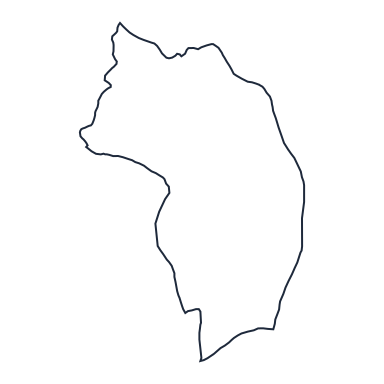 outline of Owan East, Edo, Nigeria
{"feature_id": "59680162B90522809362613", "entity_name": "Owan East", "entity_type": "district", "adm_level": 2, "iso_a3": "NGA", "parent_name": "Nigeria", "parent_adm1": "Edo", "projection": "robinson", "projection_center": [6.02, 7.027], "detail": "fine", "context": "isolated", "style": "outline", "palette": "slate", "viewbox_px": 384, "rotation_deg": 0, "n_neighbors": 0, "source": "geoboundaries", "source_scale": "gbopen_adm2", "svg_char_len": 2786}
<svg xmlns="http://www.w3.org/2000/svg" viewBox="0 0 384 384"><path d="M281.0,134.3L278.6,127.5L277.5,123.8L275.8,118.2L274.2,113.9L273.1,110.8L272.6,107.0L272.0,104.5L271.5,100.8L269.9,96.5L266.6,92.7L264.4,89.0L262.9,87.2L262.3,86.6L259.1,84.8L259.1,84.7L255.8,83.5L252.0,82.3L247.7,81.7L241.8,78.7L236.4,75.6L233.7,73.8L231.5,69.4L229.4,65.7L227.1,62.2L226.6,61.4L225.3,59.1L224.5,57.7L222.9,55.2L221.8,52.7L218.5,47.8L215.8,45.9L213.1,44.1L211.5,44.1L206.7,45.4L201.3,47.3L198.1,49.2L193.7,48.0L188.4,48.1L186.7,50.0L185.1,53.7L181.4,56.3L180.8,55.7L179.8,54.4L177.1,53.8L175.4,55.7L172.2,57.6L169.0,58.3L166.4,57.7L162.0,53.4L159.8,49.7L157.1,45.9L154.4,43.5L151.4,42.6L143.6,39.9L138.8,38.0L133.4,35.0L129.6,32.5L126.3,29.5L123.1,26.4L120.0,23.0L118.6,25.0L117.5,27.7L117.2,31.3L116.1,32.8L114.4,34.4L112.3,36.3L111.9,39.5L113.3,42.6L113.6,45.0L113.6,46.1L113.5,51.3L112.8,54.4L115.1,59.2L116.8,61.5L116.7,62.0L116.5,63.9L114.7,65.8L114.0,66.6L112.0,68.2L110.6,69.7L107.8,72.5L106.1,74.5L105.1,75.6L104.7,80.3L108.7,82.9L110.8,85.1L110.7,87.0L108.3,88.2L106.6,89.4L103.9,91.7L101.8,94.0L100.8,96.0L99.4,98.7L98.3,100.7L98.3,103.4L97.6,107.0L95.5,111.3L95.1,112.9L95.1,115.2L94.4,118.0L93.7,120.3L92.3,123.8L90.9,125.4L89.2,125.8L87.5,126.5L85.1,127.7L82.7,128.5L81.3,129.2L80.3,130.8L79.9,132.4L80.5,136.3L82.2,138.3L83.6,139.5L85.3,141.5L86.6,143.4L87.6,145.4L86.2,147.0L87.9,148.3L91.6,151.3L96.0,153.8L100.8,154.4L103.5,153.7L105.1,154.3L106.7,154.3L109.0,154.8L109.4,154.9L113.2,156.1L118.1,156.0L122.9,157.2L128.3,159.0L132.1,160.2L135.3,162.1L139.1,163.3L144.0,165.7L147.2,168.2L151.5,171.3L155.8,173.1L159.6,175.5L162.8,177.4L163.6,178.2L164.5,179.2L166.1,183.6L168.8,186.6L168.9,187.8L169.4,192.9L165.1,199.1L159.2,211.7L155.4,223.6L155.5,224.5L157.7,246.0L160.4,250.3L163.1,254.0L166.8,259.6L169.0,262.0L171.7,265.8L172.8,268.9L174.4,273.2L174.4,276.9L175.5,281.9L177.2,291.2L178.3,295.0L179.0,296.8L179.4,297.5L180.9,302.4L182.1,306.1L183.2,309.2L185.3,313.0L188.0,311.1L191.8,310.4L196.1,309.1L198.8,309.1L200.4,311.6L201.0,322.8L200.4,324.6L199.9,329.0L199.4,332.8L199.4,339.6L201.4,357.9L200.4,361.0L203.8,360.1L207.5,358.2L214.0,353.8L220.5,348.1L224.8,345.6L229.1,342.4L231.7,339.9L233.9,338.0L237.7,335.5L241.4,333.5L247.9,331.6L253.8,330.3L258.1,328.4L263.0,328.3L267.8,328.9L273.3,329.3L274.8,323.8L275.3,319.5L277.5,313.8L279.1,309.5L279.6,304.5L280.1,301.4L283.4,293.8L285.5,287.6L288.7,280.7L291.9,274.4L293.7,270.3L293.8,270.1L294.6,268.2L297.3,262.5L298.9,257.5L300.5,252.5L301.6,250.6L302.1,246.3L302.0,218.2L304.1,202.0L304.1,195.8L304.1,192.2L304.1,185.2L303.5,181.5L301.9,177.1L301.8,176.5L300.8,171.5L297.0,163.5L294.3,157.9L291.0,153.6L288.7,150.3L288.3,149.8L285.6,145.5L284.0,143.0L281.0,134.3Z" fill="none" stroke="#1e293b" stroke-width="2"/></svg>